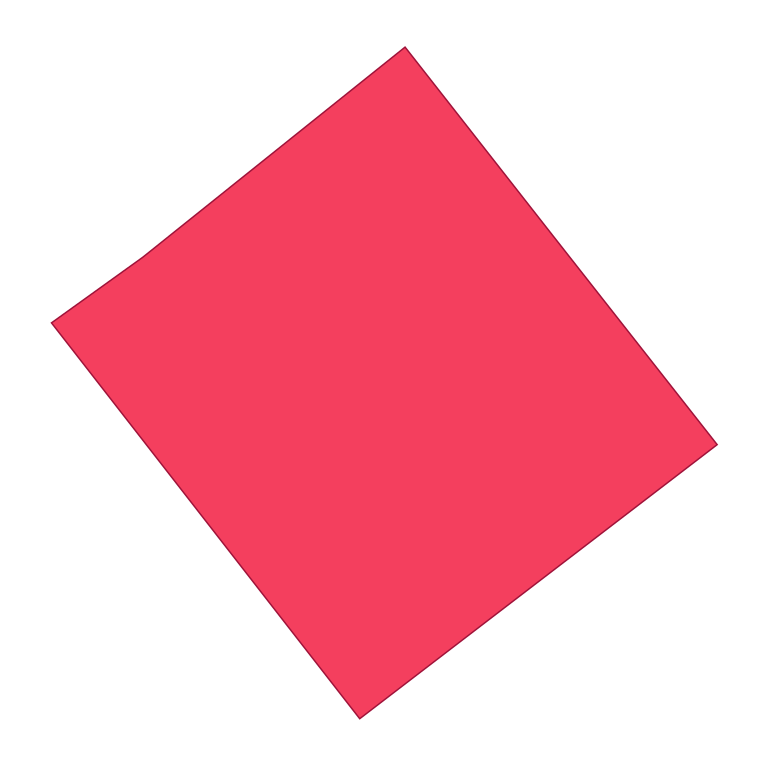 Wexford, Michigan, United States of America (Robinson projection), rotated 232°
{"feature_id": "52423323B1059568410794", "entity_name": "Wexford", "entity_type": "district", "adm_level": 2, "iso_a3": "USA", "parent_name": "United States of America", "parent_adm1": "Michigan", "projection": "robinson", "projection_center": [-85.559, 44.339], "detail": "fine", "context": "isolated", "style": "filled", "palette": "rose", "viewbox_px": 768, "rotation_deg": 232, "n_neighbors": 0, "source": "geoboundaries", "source_scale": "gbopen_adm2", "svg_char_len": 267}
<svg xmlns="http://www.w3.org/2000/svg" viewBox="0 0 768 768"><g transform="rotate(232 384 384)"><path d="M135.2,158.8L131.1,609.2L397.8,608.4L522.6,608.2L636.5,608.0L632.4,271.9L636.9,159.6L135.2,158.8Z" fill="#f43f5e" stroke="#9f1239" stroke-width="1.5"/></g></svg>